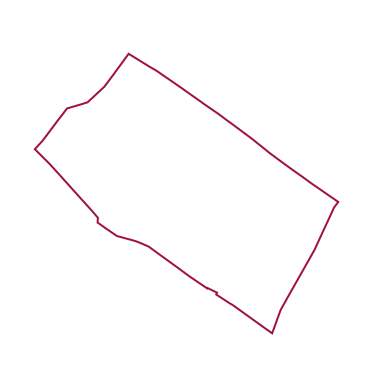 Comuna 3, Ciudad de Buenos Aires, Argentina (Equal Earth projection), rotated 308°
{"feature_id": "61730980B39033896534626", "entity_name": "Comuna 3", "entity_type": "district", "adm_level": 2, "iso_a3": "ARG", "parent_name": "Argentina", "parent_adm1": "Ciudad de Buenos Aires", "projection": "equal_earth", "projection_center": [-58.402, -34.614], "detail": "fine", "context": "isolated", "style": "outline", "palette": "rose", "viewbox_px": 384, "rotation_deg": 308, "n_neighbors": 0, "source": "geoboundaries", "source_scale": "gbopen_adm2", "svg_char_len": 2084}
<svg xmlns="http://www.w3.org/2000/svg" viewBox="0 0 384 384"><g transform="rotate(308 192 192)"><path d="M261.9,57.0L260.9,57.0L251.6,57.3L249.6,57.4L249.4,57.4L241.7,57.6L235.9,57.8L232.1,57.9L221.8,58.1L221.3,58.1L221.0,58.1L213.0,56.8L209.1,56.2L204.9,55.6L204.0,55.4L202.2,55.1L198.4,54.5L195.1,52.2L194.6,51.9L190.8,49.2L188.3,47.4L187.0,46.5L186.4,46.0L180.9,42.1L179.3,42.1L178.3,42.1L173.3,42.2L171.2,42.2L166.0,42.2L156.0,42.4L155.4,42.4L152.4,42.5L151.4,42.5L146.4,42.6L140.3,42.7L129.0,41.8L127.5,53.8L126.6,61.4L126.4,62.6L126.3,63.6L124.3,75.2L122.8,83.7L121.6,90.4L120.1,98.8L119.8,100.3L119.8,100.6L118.5,107.9L116.9,117.2L115.0,127.6L114.8,128.6L113.7,133.8L109.8,136.4L110.1,142.5L110.3,147.4L111.1,160.0L114.3,167.6L117.5,175.2L118.4,177.5L119.2,179.7L120.6,184.9L122.3,191.4L122.7,203.7L123.1,214.8L123.6,228.1L123.6,230.1L123.9,240.4L124.0,242.2L124.6,252.0L125.4,263.5L125.9,263.4L128.1,273.7L126.1,274.2L126.9,283.1L127.5,290.4L127.8,292.2L128.0,293.7L128.5,306.4L128.6,309.6L128.7,311.2L128.9,316.5L129.3,326.1L129.5,331.5L130.0,342.2L131.3,341.7L135.6,340.4L136.6,340.0L138.8,339.3L142.2,338.2L143.3,337.8L144.5,337.4L145.3,337.2L146.4,336.8L153.9,334.4L165.2,332.7L166.8,332.4L172.9,331.5L174.2,331.3L187.6,329.3L195.7,328.1L203.7,326.9L204.7,326.7L206.5,326.5L213.1,325.5L214.3,325.3L222.2,324.1L222.8,324.0L223.4,323.8L234.3,321.2L234.8,321.1L235.2,321.0L245.0,318.7L252.4,317.0L260.0,315.2L266.3,313.7L267.3,313.5L274.2,313.4L274.1,311.4L273.9,307.6L273.7,304.8L273.1,294.6L272.6,285.8L272.4,283.1L272.3,280.5L272.2,279.0L272.2,277.8L272.0,271.4L271.5,260.5L271.1,251.1L271.0,248.1L270.7,237.8L270.5,229.0L270.7,217.1L270.8,207.4L270.8,206.1L270.8,204.4L270.7,201.3L270.7,198.9L270.6,196.8L270.6,196.5L270.5,191.0L270.4,188.7L270.2,179.4L270.1,177.9L270.0,176.0L269.9,168.7L269.8,167.1L269.8,165.1L269.4,158.4L269.3,156.4L268.7,146.6L268.7,145.5L268.2,134.5L268.1,133.3L267.6,123.4L267.6,122.0L267.1,112.8L267.0,111.3L266.4,101.5L265.7,89.7L264.4,80.0L264.3,78.8L263.2,69.0L263.1,67.9L261.9,57.0Z" fill="none" stroke="#9f1239" stroke-width="2"/></g></svg>